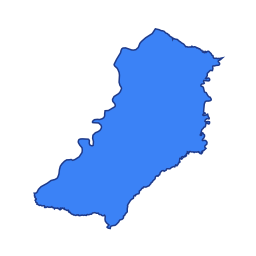 the district of Belalcázar, Caldas, Colombia, rotated 188°
{"feature_id": "7082276B3626983095163", "entity_name": "Belalcázar", "entity_type": "district", "adm_level": 2, "iso_a3": "COL", "parent_name": "Colombia", "parent_adm1": "Caldas", "projection": "mercator", "projection_center": [-75.815, 4.994], "detail": "fine", "context": "isolated", "style": "filled", "palette": "blue", "viewbox_px": 256, "rotation_deg": 188, "n_neighbors": 0, "source": "geoboundaries", "source_scale": "gbopen_adm2", "svg_char_len": 5725}
<svg xmlns="http://www.w3.org/2000/svg" viewBox="0 0 256 256"><g transform="rotate(188 128 128)"><path d="M169.9,34.3L168.8,34.4L168.1,34.1L167.3,34.2L166.5,34.9L165.8,34.9L165.3,34.6L164.8,35.0L164.2,34.4L163.1,34.6L162.3,35.2L161.7,35.1L161.2,35.4L159.7,35.3L158.9,35.7L157.1,35.6L156.8,35.8L156.8,36.3L156.2,36.7L154.8,36.6L153.0,37.5L152.1,37.6L151.4,38.8L149.1,39.6L147.2,39.2L145.5,39.5L144.7,38.5L143.9,38.3L142.6,38.5L142.0,37.9L141.1,37.6L140.4,37.6L139.1,38.4L138.2,37.1L138.1,34.6L137.5,32.6L135.9,30.9L133.4,29.3L134.9,27.2L134.9,26.7L133.6,26.1L131.6,26.0L131.5,27.8L131.2,28.4L129.5,29.2L127.3,29.8L126.1,30.9L124.3,33.4L123.9,34.2L123.7,35.0L123.1,35.9L121.2,36.7L120.4,37.6L120.0,38.4L120.2,40.2L119.2,40.9L118.8,42.3L118.2,43.1L118.2,43.5L117.3,44.4L117.1,45.0L117.5,47.8L117.4,50.5L117.7,51.0L117.5,52.1L115.5,56.6L114.6,57.8L112.9,59.1L112.8,61.4L112.0,62.1L111.3,61.9L111.0,63.1L110.5,63.2L109.6,64.0L108.2,64.4L107.8,65.4L108.0,67.1L106.7,68.4L105.8,70.2L104.8,70.6L104.7,71.3L104.3,71.8L102.0,72.0L98.9,73.9L98.4,75.1L97.6,76.1L97.4,77.2L96.4,77.9L95.8,79.4L94.4,81.0L94.1,81.7L94.1,83.2L93.8,83.8L92.6,84.8L91.8,84.4L91.4,84.6L91.1,85.5L90.2,86.1L89.8,88.5L88.4,90.4L86.9,90.8L86.6,90.7L86.2,90.2L84.3,91.6L84.1,92.7L83.7,93.1L80.8,93.4L79.4,95.0L77.8,96.0L77.1,96.2L76.3,96.0L75.6,98.1L75.3,98.1L74.6,97.4L74.3,97.4L73.4,99.0L73.2,100.2L72.5,100.8L72.6,101.3L71.8,101.7L72.4,102.6L72.5,105.1L71.6,105.2L70.8,104.6L70.4,104.7L70.0,105.4L70.9,106.1L70.9,106.7L69.9,107.3L68.8,106.7L68.6,107.3L68.1,107.4L67.9,108.2L67.4,108.4L67.0,107.9L66.3,108.7L66.8,109.6L66.3,110.9L64.4,110.9L64.4,111.3L65.6,111.7L65.9,112.4L65.9,112.7L64.4,112.1L64.0,112.4L64.0,113.1L63.1,113.4L62.1,113.1L59.9,113.4L59.1,112.9L58.5,113.5L56.4,113.7L55.0,114.3L54.6,113.8L53.8,113.9L53.8,113.3L52.9,112.7L52.4,112.9L51.9,112.6L51.3,113.2L50.9,114.3L51.6,114.3L51.5,115.2L49.8,116.3L47.9,118.7L49.1,119.4L49.4,120.5L49.2,121.2L47.7,123.0L47.7,124.6L47.9,125.1L49.3,126.4L50.7,126.4L52.3,125.9L52.7,126.2L52.6,127.1L51.5,128.7L51.0,130.6L51.3,131.8L52.7,132.8L53.1,133.5L53.8,133.6L54.2,133.3L54.1,131.3L54.3,130.9L55.3,130.8L55.5,131.4L55.0,133.1L54.7,136.6L53.4,138.2L53.0,139.3L52.0,139.7L51.6,140.3L51.4,143.3L51.3,143.6L50.4,143.8L49.3,143.3L48.5,143.2L48.0,143.8L48.0,145.1L48.2,145.5L49.6,145.6L52.1,144.9L52.8,145.4L52.6,146.6L51.4,148.1L50.5,148.4L49.6,148.2L48.9,148.4L48.9,149.1L50.1,150.5L51.1,152.8L51.6,152.6L52.2,151.8L54.7,150.9L55.4,151.0L55.8,151.4L55.3,152.5L53.6,153.1L53.8,153.6L54.9,153.9L55.4,154.3L55.8,162.2L55.4,164.1L55.0,165.0L54.1,165.6L51.8,165.9L50.2,166.6L49.6,167.2L49.6,168.1L50.9,169.9L52.1,170.1L53.4,171.1L55.5,173.9L56.8,174.1L57.4,174.5L59.0,178.6L59.9,179.4L61.2,179.5L61.6,179.8L61.8,180.7L60.9,181.9L59.2,182.4L58.7,182.9L59.7,184.7L59.6,185.6L55.0,185.8L54.0,186.3L53.8,187.2L54.2,188.1L55.0,188.7L55.9,188.6L57.2,187.6L58.1,187.8L56.8,190.8L57.1,193.1L54.7,196.3L54.2,196.6L52.7,196.5L52.4,196.6L52.2,198.7L52.7,200.4L52.6,201.1L52.2,201.4L51.0,201.5L49.5,202.2L47.3,202.7L46.4,203.3L46.2,203.8L46.3,204.8L47.8,206.2L48.0,206.7L47.7,207.3L46.1,208.4L44.2,210.6L47.5,209.4L48.4,209.5L49.2,209.1L50.1,209.4L52.4,209.0L53.3,209.6L54.0,211.5L55.2,211.9L56.0,213.2L58.8,215.2L59.9,215.0L61.2,213.6L61.4,213.7L61.6,214.5L62.0,214.6L62.5,213.3L62.9,213.2L63.6,214.3L64.1,213.5L64.6,213.6L65.1,214.0L65.5,215.1L66.8,215.3L68.1,216.5L69.2,216.4L70.1,217.1L70.9,216.8L71.5,217.3L72.8,217.7L73.6,217.7L75.0,217.2L76.1,217.9L76.6,217.0L77.1,217.1L77.6,216.8L78.4,216.8L80.0,216.4L81.0,216.8L82.1,216.5L84.2,218.6L85.5,219.3L86.8,219.7L88.1,220.6L89.0,220.9L91.4,222.5L93.6,222.6L94.8,222.9L95.6,222.6L95.8,222.9L96.1,222.0L96.2,222.3L96.0,222.6L96.5,222.9L97.0,223.8L99.0,224.6L100.1,225.4L100.3,225.9L101.0,226.0L102.0,226.9L103.8,227.3L105.8,228.8L107.6,229.1L108.6,229.0L110.9,229.7L114.7,230.0L117.1,224.9L123.1,219.8L126.8,215.5L128.0,213.5L129.0,209.2L131.1,206.7L133.4,205.9L135.3,205.8L141.5,207.0L144.1,206.5L145.1,205.6L145.6,204.1L145.9,201.3L148.9,194.3L150.6,189.1L150.3,188.2L149.6,187.4L147.1,185.7L146.2,184.6L144.5,181.7L143.8,179.1L143.2,172.1L142.0,169.3L140.2,167.1L139.9,166.0L140.7,163.0L141.4,161.7L142.1,160.7L146.2,157.2L147.3,154.3L147.0,152.8L146.7,152.2L144.6,150.3L144.0,149.3L143.7,148.2L144.0,147.2L149.8,142.6L153.1,141.9L153.1,139.0L152.8,136.6L153.4,134.9L154.8,133.6L157.3,132.4L159.5,132.3L162.3,131.6L163.5,130.5L164.0,129.4L164.0,128.8L163.6,128.4L157.8,128.9L155.1,127.0L154.4,125.5L154.4,124.0L155.4,121.8L157.2,120.2L159.6,118.8L161.6,116.2L161.7,115.7L161.6,112.9L160.3,109.7L160.1,105.9L161.0,105.4L162.1,105.4L163.2,105.8L163.7,106.3L164.3,107.6L164.4,110.0L165.3,111.2L165.9,111.4L171.7,110.9L173.6,110.5L174.7,109.9L175.2,109.2L175.4,107.8L175.1,106.6L173.4,104.4L170.8,102.0L170.2,99.9L170.1,97.4L172.3,92.7L176.0,89.5L178.2,88.3L179.9,88.9L181.9,88.3L184.3,87.9L186.3,86.2L188.5,83.2L189.7,80.7L190.1,77.3L190.0,73.3L190.2,71.7L190.6,69.9L191.2,68.4L193.1,66.9L196.9,65.3L200.3,62.0L205.4,58.2L206.1,57.6L208.1,54.8L209.1,51.9L209.6,51.1L210.8,50.5L211.8,50.4L211.2,49.0L211.2,47.7L210.5,47.2L210.5,46.2L209.0,45.1L209.0,44.5L209.7,44.1L209.9,43.4L209.3,42.9L208.8,41.5L207.5,41.0L207.6,39.9L206.5,39.7L205.0,39.0L203.7,39.4L202.4,38.9L200.2,39.4L199.4,38.7L199.6,37.9L199.4,37.7L198.1,37.9L196.9,38.8L195.1,38.4L194.2,38.8L193.4,38.7L192.5,39.5L191.8,38.7L190.5,38.8L189.6,37.6L188.9,38.5L186.8,38.7L186.4,39.0L185.9,38.4L185.0,38.4L184.5,37.7L183.7,37.6L182.9,38.4L183.5,38.9L183.6,39.3L182.5,39.2L182.2,39.5L181.6,39.4L181.4,39.6L180.8,39.1L180.0,39.6L179.6,38.5L179.0,38.6L177.1,37.9L175.7,38.3L174.9,37.3L175.2,36.9L174.3,36.2L173.5,36.4L172.8,35.5L171.4,34.8L170.2,34.7L169.9,34.3Z" fill="#3b82f6" stroke="#1e3a8a" stroke-width="1.5"/></g></svg>